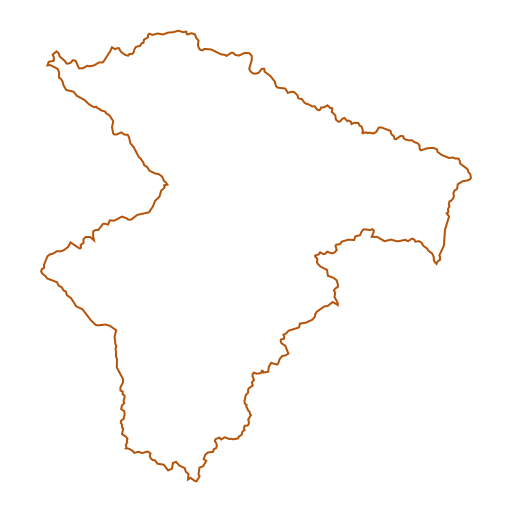 the district of Abancay, Apurímac, Peru
{"feature_id": "86281439B95631648955536", "entity_name": "Abancay", "entity_type": "district", "adm_level": 2, "iso_a3": "PER", "parent_name": "Peru", "parent_adm1": "Apurímac", "projection": "orthographic", "projection_center": [-72.819, -13.777], "detail": "fine", "context": "isolated", "style": "outline", "palette": "amber", "viewbox_px": 512, "rotation_deg": 0, "n_neighbors": 0, "source": "geoboundaries", "source_scale": "gbopen_adm2", "svg_char_len": 5949}
<svg xmlns="http://www.w3.org/2000/svg" viewBox="0 0 512 512"><path d="M264.2,68.8L261.8,68.8L258.6,72.8L255.7,73.7L252.9,73.3L250.4,71.3L249.2,68.7L251.8,59.9L251.7,55.8L249.2,53.1L244.6,53.0L238.8,55.6L235.3,54.9L233.1,52.9L231.6,52.7L226.5,55.9L224.9,54.8L221.2,54.4L211.2,49.5L204.4,48.9L202.8,50.3L201.0,50.1L199.5,49.2L197.9,45.5L198.5,40.5L196.2,37.9L195.0,34.4L191.5,33.2L187.5,34.5L186.6,33.8L186.3,31.6L183.2,32.2L178.2,30.7L173.4,32.2L168.0,32.6L163.2,34.5L157.8,33.5L152.4,34.9L149.2,33.7L148.0,35.2L148.0,37.2L144.0,39.7L143.4,42.9L141.7,43.2L140.0,45.9L136.1,46.8L134.7,48.8L133.3,53.0L131.7,54.0L129.5,54.0L128.1,55.7L125.3,55.0L120.9,51.8L118.9,48.2L117.5,48.1L115.1,49.2L112.0,47.3L110.3,51.0L103.4,61.8L102.2,62.5L99.1,62.4L93.9,65.5L89.5,66.3L87.2,65.8L82.9,68.3L79.0,68.3L75.6,60.7L72.7,60.2L70.9,62.6L67.8,63.7L66.3,63.4L65.1,61.2L59.7,56.5L58.7,53.2L56.5,51.4L52.7,54.6L53.8,57.3L53.8,60.7L48.7,61.9L47.4,65.4L50.3,65.1L57.7,68.9L59.1,72.4L59.0,77.7L60.7,78.7L62.5,81.4L63.4,85.0L66.2,90.0L73.6,91.7L76.8,95.8L84.7,100.1L89.0,104.3L94.0,107.2L96.3,106.8L97.4,108.1L100.1,109.3L100.5,110.2L105.2,111.6L106.1,113.3L109.6,115.5L113.3,121.3L112.0,127.1L113.2,133.5L114.1,134.4L116.5,134.5L121.3,132.4L124.4,134.6L127.7,134.8L129.1,137.4L130.3,143.2L133.7,147.2L138.8,157.0L140.5,158.3L143.5,162.8L144.0,165.0L147.3,167.2L149.3,170.6L155.0,173.4L158.9,174.2L162.0,176.5L164.2,181.2L165.4,181.9L167.4,184.7L164.1,185.3L164.6,187.5L161.1,190.8L159.4,196.9L155.2,200.7L153.0,206.3L149.0,212.3L137.3,214.9L131.1,219.6L128.3,219.7L126.6,218.3L122.0,216.6L114.3,220.6L109.7,220.4L108.1,224.6L104.9,223.7L103.0,223.9L98.3,229.9L95.9,230.0L93.3,231.1L93.1,236.0L94.0,240.3L90.1,237.0L85.6,237.0L83.5,239.2L83.5,242.9L80.6,245.0L81.0,247.5L80.5,248.3L79.3,248.3L70.5,242.4L68.3,246.8L63.5,250.4L59.6,251.4L57.2,251.1L52.3,254.0L50.5,254.1L47.5,256.2L44.0,264.8L44.1,267.9L41.8,269.2L41.1,271.5L42.3,273.6L45.7,276.3L47.0,278.4L57.0,282.2L58.6,285.6L61.8,287.4L63.6,290.5L65.8,291.5L66.9,295.2L71.1,298.2L76.2,306.3L82.4,309.2L91.2,320.6L95.7,324.9L98.2,325.4L105.8,324.5L110.0,325.9L116.2,330.2L114.6,336.7L115.4,344.1L116.3,346.0L115.5,349.1L116.1,352.5L115.9,356.1L117.0,359.3L116.8,367.4L123.1,379.3L122.9,382.6L120.4,387.4L120.5,390.6L122.8,391.6L122.6,394.1L124.3,395.3L124.7,396.8L123.6,400.8L124.3,403.1L121.9,405.6L121.2,409.1L124.3,411.2L124.6,414.4L123.7,418.8L121.2,420.6L120.7,422.7L121.9,424.4L122.2,427.7L123.2,428.6L122.0,434.1L125.6,436.4L127.5,438.7L126.8,441.0L127.3,442.1L125.9,444.8L126.4,447.3L125.8,448.3L128.9,448.7L132.6,450.9L134.2,452.8L138.7,451.8L142.1,453.1L147.7,451.5L150.5,453.4L149.8,456.0L150.7,458.4L152.7,460.1L155.0,460.3L157.4,463.7L163.7,464.7L168.1,470.4L172.0,468.6L172.9,463.0L176.0,461.8L179.4,465.6L184.7,468.1L185.8,471.7L188.5,474.0L188.0,479.5L190.5,477.8L195.2,481.2L196.5,481.3L199.6,476.3L198.5,474.2L199.5,467.5L202.9,466.4L206.3,461.0L203.7,459.1L205.4,454.6L207.8,452.5L213.1,451.8L213.7,449.3L216.0,448.2L216.9,445.9L216.3,443.2L214.8,441.1L215.6,439.1L219.3,437.6L221.2,439.5L224.7,437.3L229.5,439.1L230.9,438.7L233.3,439.3L238.2,438.4L238.7,436.7L241.7,434.7L242.4,431.7L244.6,429.9L243.8,428.3L244.7,425.8L247.5,425.5L248.6,424.5L248.9,422.0L248.2,419.6L250.9,415.1L250.0,414.3L249.5,411.6L248.4,410.8L246.2,406.3L246.6,405.0L245.1,404.0L244.4,401.5L245.8,395.1L248.1,392.6L248.1,389.5L249.1,388.0L252.8,385.5L251.8,382.5L254.0,380.0L252.4,375.9L252.8,374.0L253.9,372.6L256.5,373.7L260.9,373.1L261.7,372.4L261.7,370.9L262.7,370.9L263.6,372.6L268.2,371.7L268.8,366.9L271.1,362.9L277.0,364.6L278.2,363.5L279.6,359.1L282.3,355.9L285.3,355.5L288.4,353.6L285.3,345.8L281.5,343.3L280.6,340.9L280.9,339.6L283.9,338.8L284.2,336.3L283.4,334.8L286.1,333.4L288.7,330.6L298.4,327.7L299.4,326.5L299.8,323.6L305.8,322.7L312.4,319.7L315.1,316.5L315.1,314.5L316.7,311.8L324.2,306.5L327.8,305.9L332.7,302.0L337.8,305.0L337.6,302.7L334.5,297.0L335.2,292.7L333.9,290.5L335.2,288.6L337.9,286.8L338.0,285.0L336.6,280.2L333.0,277.6L327.9,275.8L327.0,269.9L320.5,266.6L318.2,264.3L316.9,262.4L317.4,258.9L315.2,256.6L315.1,255.6L318.8,254.3L320.1,252.3L323.6,254.2L325.6,253.5L327.0,251.7L331.9,253.3L334.3,252.6L336.7,250.2L335.5,245.7L336.4,244.6L340.0,244.2L341.6,241.7L348.3,239.7L354.2,240.0L355.2,236.5L360.1,235.1L361.8,231.3L363.7,229.3L370.5,230.0L372.4,229.2L373.7,230.4L373.8,231.6L371.7,236.9L377.2,236.9L384.5,241.2L390.9,239.6L397.3,241.4L405.7,239.8L406.9,240.9L408.4,241.0L411.5,238.9L412.9,238.8L414.5,239.8L415.3,241.7L419.1,241.2L421.5,242.6L423.4,245.9L427.1,248.5L428.4,250.7L432.2,253.6L433.9,257.4L433.7,259.5L434.5,261.8L436.5,263.9L437.6,261.5L440.1,259.8L440.0,256.6L439.3,255.6L443.9,245.5L445.0,229.7L449.1,216.4L446.6,213.3L448.3,212.2L448.0,208.9L449.5,206.3L448.8,204.6L449.5,201.3L450.8,201.0L453.2,198.3L453.9,196.2L453.4,193.2L454.3,190.9L457.2,188.7L457.7,184.3L462.7,181.2L467.8,180.4L470.3,179.0L470.9,177.8L470.3,174.3L468.3,171.9L467.4,169.0L460.2,163.7L459.8,161.0L458.4,158.5L455.1,158.5L453.1,157.5L449.0,158.0L441.8,155.0L437.8,152.1L436.8,149.3L433.6,148.0L431.2,148.0L427.3,148.3L420.8,150.3L419.8,149.2L419.3,145.0L417.5,143.2L414.3,142.1L411.9,140.2L408.9,140.4L405.6,139.5L403.6,138.3L403.4,136.4L401.8,135.9L400.3,136.1L396.1,139.2L394.6,139.0L394.0,136.4L391.4,134.2L390.5,130.9L381.1,127.4L378.8,127.6L376.3,131.8L373.4,133.5L369.1,132.6L367.7,133.2L366.0,132.3L362.7,133.3L362.3,132.6L363.0,130.9L361.9,127.6L361.2,126.2L359.6,125.6L358.3,123.0L354.1,122.8L351.6,124.0L350.9,121.8L348.5,120.5L347.4,121.1L344.3,117.9L341.7,119.3L340.5,121.2L338.6,121.8L335.9,119.6L335.3,115.3L331.7,111.9L332.4,108.8L331.7,107.9L330.3,108.1L327.5,105.3L324.2,107.2L321.0,107.6L320.1,109.7L319.0,110.3L316.7,109.2L314.9,106.4L311.9,106.3L309.0,104.5L305.8,103.6L304.4,102.6L302.0,99.2L298.3,98.3L297.5,95.4L294.4,92.2L291.6,91.7L287.8,92.9L285.4,88.6L277.7,87.6L276.0,86.2L274.9,81.8L270.7,76.3L264.6,71.6L264.2,68.8Z" fill="none" stroke="#b45309" stroke-width="2"/></svg>